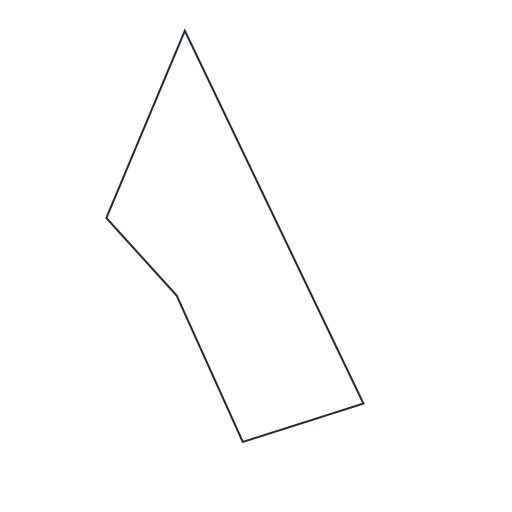 the state/province of Birgu, rotated 205°
{"feature_id": "MLT-5951", "entity_name": "Birgu", "entity_type": "state/province", "adm_level": 1, "iso_a3": "MLT", "parent_name": "Malta", "parent_adm1": "", "projection": "robinson", "projection_center": [14.523, 35.888], "detail": "fine", "context": "isolated", "style": "outline", "palette": "slate", "viewbox_px": 512, "rotation_deg": 205, "n_neighbors": 0, "source": "natural_earth", "source_scale": "10m", "svg_char_len": 248}
<svg xmlns="http://www.w3.org/2000/svg" viewBox="0 0 512 512"><g transform="rotate(205 256 256)"><path d="M230.6,278.0L96.3,167.7L189.4,81.9L311.1,186.6L407.7,227.2L415.7,430.1L230.6,278.0Z" fill="none" stroke="#1e293b" stroke-width="2"/></g></svg>